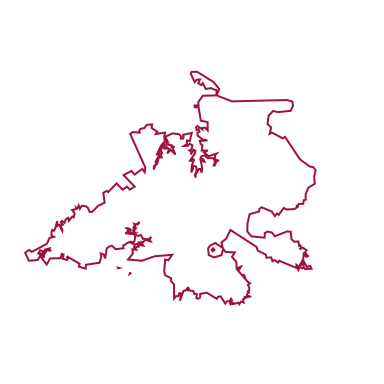 outline of MÄngere-ÅtÄhuhu Local Board Area, Auckland, New Zealand, rotated 199°
{"feature_id": "76426892B61751173785029", "entity_name": "MÄngere-ÅtÄhuhu Local Board Area", "entity_type": "district", "adm_level": 2, "iso_a3": "NZL", "parent_name": "New Zealand", "parent_adm1": "Auckland", "projection": "equal_earth", "projection_center": [174.799, -36.975], "detail": "fine", "context": "isolated", "style": "outline", "palette": "rose", "viewbox_px": 384, "rotation_deg": 199, "n_neighbors": 0, "source": "geoboundaries", "source_scale": "gbopen_adm2", "svg_char_len": 6032}
<svg xmlns="http://www.w3.org/2000/svg" viewBox="0 0 384 384"><g transform="rotate(199 192 192)"><path d="M256.4,95.0L256.7,101.4L258.3,104.2L255.0,104.1L252.5,100.9L254.2,111.0L252.6,113.4L250.2,115.1L245.5,113.1L238.5,116.5L239.7,118.8L235.1,124.3L230.0,123.7L234.4,125.2L231.0,125.1L230.5,127.4L231.2,131.7L233.5,133.6L236.3,132.3L242.0,131.3L240.2,131.8L240.2,134.3L238.0,135.5L242.0,136.4L241.1,137.0L238.0,136.6L238.1,132.8L234.2,134.4L235.8,139.8L234.9,141.0L236.3,143.1L234.3,143.0L231.7,146.6L232.7,143.8L235.0,142.4L234.5,141.1L235.1,140.1L233.2,139.7L234.2,137.9L232.9,134.4L231.9,134.7L233.0,133.3L228.8,132.9L226.3,134.7L223.2,131.8L217.6,133.1L215.9,136.4L216.8,133.5L215.7,134.0L216.6,133.0L215.0,131.8L220.9,131.5L221.6,128.7L223.7,128.4L223.5,126.7L222.0,126.5L220.5,125.4L223.3,125.0L226.5,127.7L224.3,122.2L226.6,125.1L228.9,123.9L228.8,120.9L226.4,121.9L227.5,120.4L225.9,119.2L229.7,118.4L227.9,114.4L230.5,107.3L217.0,110.7L206.5,119.0L190.2,126.2L192.3,119.6L195.4,119.5L192.4,107.8L190.3,104.6L183.8,103.7L182.7,100.8L178.9,98.8L174.2,85.5L173.2,88.3L171.0,89.0L171.0,92.3L169.1,92.6L168.0,85.2L167.9,95.8L166.1,96.6L164.8,100.2L163.6,99.9L163.7,97.7L158.7,98.9L156.6,96.4L154.2,97.0L153.4,93.1L151.5,93.0L150.0,95.0L151.1,98.3L145.2,101.6L133.9,99.1L133.2,101.5L130.9,102.6L124.2,97.3L123.5,99.9L120.8,101.2L120.4,103.8L118.9,102.6L119.9,99.2L119.0,98.3L116.9,99.4L117.9,100.6L115.2,100.2L112.1,102.5L110.8,101.3L109.9,104.4L107.2,104.3L108.8,107.3L107.2,108.8L108.0,109.8L106.1,111.4L106.6,113.7L105.4,115.5L106.9,116.2L105.9,117.5L106.7,120.2L108.9,122.3L107.5,124.7L109.6,125.0L124.7,133.7L127.4,140.4L133.1,143.6L131.9,148.8L140.7,146.3L144.0,148.3L143.6,141.9L149.7,137.4L155.6,137.8L158.4,143.8L157.4,147.2L153.4,151.3L144.6,149.1L147.8,153.8L144.4,159.0L143.3,168.6L113.1,161.1L110.7,158.0L101.9,156.8L100.2,154.2L95.8,155.9L93.4,152.8L91.8,154.5L87.7,153.3L87.2,155.4L68.4,154.2L69.5,157.1L66.5,155.8L67.7,154.8L66.1,152.9L65.6,156.3L62.6,155.8L62.0,157.5L59.9,155.9L54.0,158.4L56.3,160.7L59.1,158.5L63.9,162.9L64.5,159.7L63.2,160.1L62.9,159.5L66.2,158.2L65.0,164.9L66.2,169.7L62.8,167.9L61.5,169.2L65.5,171.6L64.6,174.2L69.1,175.5L71.7,172.8L70.7,174.9L72.0,176.8L73.1,175.9L75.3,179.9L79.2,178.3L82.6,179.8L85.7,186.5L89.1,185.8L99.3,177.1L103.3,179.7L107.7,179.2L109.8,176.9L108.5,172.4L121.5,169.4L126.9,172.7L129.2,180.1L130.3,189.7L122.2,195.5L122.8,197.8L121.3,200.2L110.1,199.5L105.8,196.1L104.6,199.3L102.6,198.6L100.0,206.9L96.9,206.2L89.4,209.3L87.9,211.4L88.4,212.9L87.2,212.7L87.3,215.4L83.0,217.1L83.7,220.6L82.0,221.6L83.8,227.0L83.4,233.9L78.6,239.8L81.5,246.4L82.1,252.7L85.4,255.0L88.7,254.4L100.4,257.9L122.0,274.4L123.7,272.3L135.9,274.2L137.5,272.3L138.2,278.8L142.7,280.8L144.4,289.2L141.7,295.0L136.8,295.5L125.2,300.8L124.5,306.2L126.4,310.1L132.2,309.9L183.7,290.7L199.4,291.3L201.2,296.0L199.9,295.6L199.8,298.2L207.4,303.0L226.4,307.3L231.5,305.4L231.8,303.6L225.2,296.8L224.2,299.6L221.1,301.1L221.5,296.9L218.0,296.1L217.3,298.4L212.6,293.9L207.8,296.4L201.7,296.0L200.6,292.0L201.4,290.9L213.1,286.5L215.4,279.0L214.0,276.1L217.8,274.6L217.0,273.0L213.3,274.2L206.9,262.3L200.0,263.2L197.2,255.3L200.6,257.2L203.2,255.8L202.5,254.5L208.4,256.1L209.2,254.6L207.8,252.0L206.4,253.5L204.5,251.4L206.0,250.0L205.2,247.2L199.1,245.2L194.2,245.7L201.2,243.0L199.5,240.2L197.3,239.6L196.3,234.4L190.5,236.4L193.6,233.4L187.9,231.3L181.3,236.3L182.2,234.1L180.6,230.1L176.6,230.5L178.8,229.3L179.2,224.3L180.1,224.1L180.1,228.3L182.8,230.9L188.1,229.1L192.1,230.7L194.8,228.7L194.9,226.5L191.8,226.6L190.0,224.6L194.0,224.5L190.1,217.9L189.2,213.4L191.6,216.5L193.0,216.0L194.3,209.2L193.1,206.8L194.7,208.7L194.6,214.0L196.3,217.3L199.6,217.1L198.7,214.6L199.0,210.2L200.8,217.2L200.5,223.0L202.8,223.8L202.7,221.1L204.2,220.9L201.8,229.2L202.3,232.2L204.1,232.5L205.2,227.1L205.6,229.7L208.0,230.5L206.3,231.9L206.8,236.2L209.8,236.9L211.2,234.1L214.6,232.9L212.5,235.8L213.5,239.1L210.7,239.3L211.5,247.8L219.0,243.2L217.7,240.9L217.7,239.7L219.9,238.9L220.2,240.8L222.9,242.4L229.5,241.1L235.3,235.5L231.2,231.5L232.8,231.7L231.1,228.7L226.4,229.6L226.0,227.8L223.4,229.4L224.7,227.2L219.8,222.0L226.1,224.9L227.9,220.3L227.6,225.1L230.6,226.2L230.2,224.8L232.2,224.0L233.6,229.1L235.1,221.5L232.9,219.1L233.8,217.5L231.8,214.8L234.6,214.0L234.1,207.1L235.7,205.0L235.3,202.6L235.5,200.8L236.4,203.9L234.7,207.0L236.4,208.6L235.0,216.0L235.7,219.5L237.5,215.2L236.4,225.7L234.1,231.2L236.2,234.9L236.8,239.4L245.0,235.1L244.3,237.6L251.1,239.4L251.7,242.9L256.5,240.8L258.0,236.8L261.1,235.1L261.9,232.6L260.8,231.1L267.4,229.4L269.4,226.9L244.1,199.9L243.2,195.3L246.5,197.7L251.9,189.8L256.1,192.2L262.2,185.7L247.9,178.4L251.6,174.0L255.1,175.9L258.4,171.6L266.1,175.6L271.2,164.6L272.9,165.3L275.6,162.4L271.1,153.5L276.2,148.4L279.8,140.8L282.2,139.8L285.7,143.5L288.7,143.9L291.8,142.9L292.5,139.6L294.7,142.4L295.1,139.2L296.3,139.5L295.5,138.6L299.5,136.0L296.0,133.7L295.4,128.7L296.3,130.3L297.3,129.6L299.0,124.6L300.7,127.3L302.4,125.2L302.5,121.4L305.6,122.3L306.2,120.7L303.4,119.0L305.6,117.6L302.2,114.1L302.0,112.9L306.8,117.8L308.2,116.2L310.0,120.7L309.4,112.1L310.1,110.2L311.7,110.7L311.9,108.6L310.6,104.9L308.0,104.6L311.8,102.0L312.3,95.9L322.8,84.4L324.3,83.2L327.1,84.2L330.0,80.2L323.8,73.9L315.9,77.4L314.8,81.8L315.2,84.5L317.3,83.8L316.6,87.5L313.5,87.2L313.1,83.5L311.0,87.1L312.5,88.1L312.2,89.8L308.2,92.5L308.2,90.3L306.8,90.7L306.0,90.5L308.0,90.1L309.9,90.7L311.5,84.5L310.8,82.5L312.8,80.8L305.8,76.1L304.5,83.0L294.7,86.6L295.0,91.0L293.1,91.1L292.5,86.8L288.1,87.0L287.6,88.6L288.9,89.7L288.7,90.3L274.9,87.6L274.7,84.6L267.6,84.9L268.6,88.7L256.4,95.0ZM154.6,143.7L153.0,142.7L151.9,144.5L153.6,145.6L154.6,143.7ZM123.6,135.5L122.7,133.1L122.1,133.6L121.4,137.4L123.6,135.5ZM236.0,96.4L237.5,96.3L237.0,95.7L236.0,96.4ZM117.3,130.3L114.6,129.3L115.1,130.0L115.7,130.4L117.3,130.3ZM104.7,111.0L103.2,112.0L104.1,112.3L104.7,111.0ZM223.1,95.6L224.3,95.1L224.3,94.2L223.1,95.6Z" fill="none" stroke="#9f1239" stroke-width="2"/></g></svg>